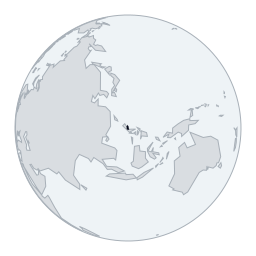 the Earth from above Aurora, rotated 313°
{"feature_id": "PHL-2549", "entity_name": "Aurora", "entity_type": "Province", "adm_level": 1, "iso_a3": "PHL", "parent_name": "Philippines", "parent_adm1": "", "projection": "orthographic", "projection_center": [121.766, 15.77], "detail": "coarse", "context": "on_globe", "style": "filled", "palette": "ink", "viewbox_px": 256, "rotation_deg": 313, "n_neighbors": 0, "source": "natural_earth", "source_scale": "10m", "svg_char_len": 9874}
<svg xmlns="http://www.w3.org/2000/svg" viewBox="0 0 256 256"><g transform="rotate(313 128 128)"><circle cx="128" cy="128" r="113" fill="#eef3f6" stroke="#a8b0b8"/><path d="M220.0,173.5L219.9,174.2L219.8,174.3L220.0,173.5ZM194.1,36.8L185.7,32.0L182.8,33.0L185.6,35.9L182.1,33.5L190.0,41.2L190.8,44.9L187.6,39.2L185.5,37.6L184.9,39.2L182.6,37.9L181.0,38.1L178.3,36.5L176.6,33.7L174.8,32.8L174.5,34.0L171.6,33.5L172.4,31.8L167.4,30.8L163.6,26.7L167.7,24.6L163.3,22.3L161.5,20.5L159.4,19.9L158.1,19.4L165.7,21.9L173.2,24.8L180.5,28.3L187.5,32.3L194.1,36.8ZM151.6,17.9L150.4,17.6L148.6,17.3L151.6,17.9ZM233.7,96.6L232.7,94.3L233.5,95.1L233.7,96.6ZM232.0,93.3L232.4,94.0L232.1,93.5L232.0,93.3ZM231.7,93.2L231.9,93.3L231.8,93.5L231.7,93.2ZM231.4,93.5L231.5,93.3L231.4,93.5ZM230.5,93.1L230.3,93.0L230.3,92.5L230.5,93.1ZM195.1,37.5L195.0,37.4L194.9,37.4L195.1,37.5ZM192.2,35.8L191.3,35.1L194.0,36.9L193.7,36.7L192.2,35.8ZM188.2,38.5L188.2,37.6L189.0,38.9L188.2,38.5ZM181.3,38.4L182.0,39.1L180.8,38.9L181.3,38.4ZM175.7,36.5L173.6,36.1L175.4,36.0L175.7,36.5ZM172.3,35.6L167.3,35.2L168.5,36.6L162.4,32.6L168.6,34.1L170.6,33.6L170.7,34.6L172.3,35.6ZM154.2,18.4L154.3,18.5L152.6,18.1L154.2,18.4ZM154.1,18.4L161.8,20.7L161.1,20.8L158.7,19.9L159.2,20.5L155.1,19.4L153.9,18.8L155.1,18.9L152.6,18.4L154.1,18.4ZM159.8,30.7L158.3,30.2L159.5,30.2L159.8,30.7ZM150.1,17.6L151.7,17.9L151.2,18.0L147.9,17.3L149.1,17.5L150.1,17.6ZM161.4,21.3L160.4,21.4L156.8,20.4L156.0,20.4L155.0,19.4L161.4,21.3ZM148.3,17.3L146.2,17.0L144.7,16.7L148.4,17.3L148.3,17.3ZM152.5,18.3L152.1,18.3L151.2,18.1L152.5,18.3ZM140.2,16.0L139.2,15.9L140.2,16.0ZM145.6,16.9L146.1,17.0L146.3,17.1L144.7,16.9L145.6,16.9ZM152.5,18.9L151.2,18.6L152.7,19.2L150.1,18.7L149.9,18.2L148.9,18.2L148.1,18.1L148.8,17.9L152.5,18.9ZM143.6,17.0L142.4,16.5L138.8,16.0L138.8,15.9L144.6,16.7L143.6,17.0ZM146.6,17.5L144.7,17.1L145.6,17.1L147.5,17.4L146.6,17.5ZM148.4,18.6L152.5,19.5L152.4,19.6L148.4,18.6ZM142.4,16.8L142.7,17.0L142.0,16.8L142.4,16.8ZM146.4,18.0L147.8,18.3L147.7,18.4L146.4,18.0ZM142.1,17.1L141.7,16.9L142.9,17.0L142.1,17.1ZM143.9,17.5L143.4,17.6L143.6,17.2L144.6,17.6L143.9,17.5ZM146.0,18.1L146.4,18.2L145.4,18.0L146.0,18.1ZM137.6,17.0L137.6,16.5L140.4,16.6L140.0,17.1L137.6,17.0ZM34.7,64.9L34.9,64.6L31.4,71.1L31.5,73.1L37.9,65.2L37.9,61.5L41.5,56.8L44.4,56.1L44.9,60.0L46.3,58.4L49.0,52.9L52.2,51.0L50.3,50.8L48.8,52.9L47.5,53.0L48.8,51.2L49.9,50.5L50.6,48.9L45.3,53.0L43.2,55.6L43.1,54.2L39.6,58.5L38.5,59.7L44.0,53.0L45.8,51.0L50.3,46.5L58.9,39.0L68.3,32.5L71.8,30.4L68.8,32.2L66.1,33.9L63.9,36.1L64.8,35.8L68.3,33.8L67.2,34.8L70.9,32.6L71.8,33.4L73.8,30.7L78.0,28.8L80.9,28.2L82.6,27.3L77.9,28.3L75.7,29.2L73.3,30.6L67.6,33.3L67.4,33.2L74.7,29.0L75.3,28.5L80.7,25.8L90.1,24.0L91.7,24.8L85.4,29.8L82.5,30.4L83.3,28.8L78.6,31.9L80.9,30.9L80.0,31.9L83.8,30.8L83.3,31.5L87.7,29.4L87.6,30.2L84.8,31.5L90.3,31.0L91.3,32.6L92.7,32.2L94.0,31.3L94.3,34.3L95.4,33.8L95.7,32.7L98.0,31.2L102.2,29.8L102.1,30.9L100.5,31.5L97.1,34.7L93.1,36.5L93.5,36.9L97.0,35.6L101.1,31.7L103.6,30.6L102.1,32.4L102.9,31.6L104.1,31.4L105.2,32.4L107.1,30.5L120.8,28.3L124.3,30.3L121.4,31.9L130.9,32.7L134.1,35.6L134.4,34.4L139.1,34.4L138.2,33.5L138.7,33.0L150.3,33.6L153.0,34.8L158.3,34.5L158.5,34.0L156.8,33.0L162.4,32.6L168.5,36.6L167.9,37.5L172.1,39.7L170.1,41.6L170.4,44.4L165.7,45.7L166.3,48.1L167.9,48.8L170.0,52.8L168.7,59.5L162.7,51.2L163.2,42.2L162.4,45.4L160.5,44.0L158.9,44.8L158.4,47.4L159.7,48.1L148.2,49.8L143.0,56.7L148.5,57.1L151.2,60.0L150.0,69.9L136.7,82.1L140.1,87.4L139.8,90.5L135.6,91.9L136.0,87.3L132.6,85.2L133.4,82.5L126.9,83.8L127.8,80.1L122.3,83.2L123.5,86.4L128.9,86.4L123.8,91.0L128.2,97.1L127.9,103.7L117.4,114.1L108.0,116.4L107.3,118.5L104.0,115.6L99.0,119.1L104.4,131.9L104.0,135.3L96.2,140.8L96.1,138.2L87.5,130.5L85.4,138.5L91.9,146.4L94.1,154.7L88.8,151.4L86.7,144.1L83.6,141.1L84.9,134.1L83.1,123.1L77.9,124.1L78.7,119.9L75.5,110.4L68.2,111.7L56.3,120.4L54.0,130.9L50.2,134.7L47.2,117.7L48.7,107.2L45.9,107.3L44.3,97.2L36.5,92.9L37.0,89.9L35.2,90.3L34.3,86.5L35.5,81.9L34.3,81.2L31.3,93.5L32.8,94.3L36.3,91.2L35.0,95.3L36.0,100.2L29.3,107.6L20.4,110.4L22.1,102.2L28.7,78.4L30.0,76.3L30.1,76.1L30.4,75.6L28.3,78.7L30.3,74.3L24.0,89.9L21.8,96.3L20.2,110.7L19.7,111.6L20.0,115.0L24.1,115.3L23.5,117.9L20.0,128.4L16.7,140.8L18.6,152.8L20.9,162.3L21.5,164.6L19.1,156.9L17.4,149.1L16.1,141.2L15.5,133.2L15.4,125.2L15.9,117.2L16.9,109.2L18.6,101.3L20.7,93.6L23.5,86.1L26.7,78.7L30.5,71.7L34.7,64.9ZM45.2,51.6L44.2,52.7L44.5,52.3L45.2,51.6ZM42.8,69.2L44.9,71.7L48.6,65.4L49.7,66.0L50.5,63.8L48.8,65.0L51.6,59.3L54.1,58.8L56.2,56.5L55.6,55.6L50.5,57.5L46.5,65.4L44.1,67.1L42.8,69.2ZM146.5,16.9L146.2,16.8L144.0,16.5L142.6,16.3L143.6,16.5L140.9,16.1L141.1,16.1L146.5,16.9ZM127.2,15.4L128.2,15.4L132.8,15.5L133.8,15.7L131.7,15.6L134.1,15.8L130.7,15.9L131.3,16.0L128.6,16.4L124.1,16.4L125.1,16.6L123.1,17.1L119.3,17.4L121.2,16.9L115.7,17.6L116.1,17.1L115.5,17.2L114.3,17.0L111.8,17.1L112.5,16.9L111.2,17.0L110.4,17.0L108.9,17.2L109.6,16.9L107.8,17.2L109.2,17.0L105.8,17.6L107.0,17.3L117.1,15.9L127.2,15.4ZM136.7,17.1L131.3,16.9L128.9,16.6L134.7,16.1L134.6,15.9L138.2,16.0L141.7,16.5L140.3,16.4L139.8,16.5L138.9,16.3L139.3,16.5L137.4,16.4L137.2,16.6L135.5,16.5L136.7,17.1ZM68.8,32.2L68.8,32.3L67.9,32.9L66.9,33.5L68.8,32.2ZM103.1,20.7L104.6,20.2L105.1,20.2L109.2,19.4L109.2,19.9L106.8,20.6L103.1,20.7ZM36.6,66.0L35.3,67.0L35.9,65.9L36.2,65.7L36.6,66.0ZM37.4,61.2L36.2,63.4L37.0,61.8L37.4,61.2ZM103.8,21.1L105.5,20.7L104.5,21.2L103.8,21.1ZM109.4,20.3L108.6,20.8L109.7,19.9L109.4,20.3ZM68.7,221.6L71.0,223.0L69.9,222.7L68.7,221.6ZM25.1,165.9L29.5,181.1L28.2,179.7L25.7,174.4L22.5,164.7L23.2,163.4L22.9,159.6L25.1,165.9ZM122.6,176.2L126.1,176.9L126.0,177.4L122.6,176.2ZM118.9,174.1L122.9,174.6L118.3,175.1L118.9,174.1ZM124.4,174.8L128.5,174.2L130.2,173.6L129.9,174.6L124.4,174.8ZM116.2,173.9L102.0,172.1L96.4,170.1L97.7,168.4L106.6,170.1L116.2,173.9ZM97.2,168.3L88.8,162.0L78.0,144.9L81.9,145.9L93.3,156.9L92.6,158.4L97.6,163.2L97.2,168.3ZM117.8,161.3L117.0,166.0L109.1,164.7L105.5,163.5L103.0,157.1L104.4,154.1L107.3,154.6L119.0,145.2L122.9,148.2L119.3,152.4L122.6,156.9L117.8,161.3ZM54.3,132.1L55.9,139.0L53.9,139.6L54.3,132.1ZM124.0,138.2L119.1,142.4L123.7,136.6L124.0,138.2ZM126.9,132.6L127.0,135.0L125.2,132.5L126.9,132.6ZM106.9,121.7L103.8,121.9L103.8,120.2L107.9,119.0L106.9,121.7ZM127.5,109.4L126.9,114.2L126.1,115.8L125.0,112.7L127.5,109.4ZM106.4,27.0L100.8,27.4L96.8,28.4L94.5,30.1L95.3,28.1L101.5,26.4L106.4,27.0ZM119.0,27.9L121.0,26.8L121.8,27.4L121.4,27.8L119.0,27.9ZM119.1,27.1L118.4,25.6L120.5,25.1L120.6,26.4L119.1,27.1ZM110.9,22.7L109.2,22.7L110.1,22.2L110.9,22.7ZM193.5,213.8L194.6,214.1L191.4,216.9L187.0,219.9L183.0,221.3L193.5,213.8ZM161.6,222.9L161.3,220.1L166.0,219.6L164.2,222.2L161.6,222.9ZM196.5,211.5L199.4,208.5L200.4,205.1L200.2,208.0L202.5,207.6L195.6,213.7L196.5,211.5ZM144.0,210.4L122.0,215.3L117.1,214.1L118.1,211.5L113.2,202.9L114.8,203.2L113.5,197.4L126.3,193.3L135.5,184.3L142.9,185.3L148.3,178.4L156.0,179.2L153.8,184.8L162.0,188.6L167.2,176.2L172.4,189.5L178.4,194.1L180.4,202.0L170.3,215.3L164.4,217.9L163.1,216.8L160.7,218.1L156.7,217.6L154.3,213.4L151.9,214.7L154.1,211.6L150.7,214.3L148.5,211.6L144.0,210.4ZM199.1,186.5L200.3,186.8L202.2,188.8L200.3,188.6L199.1,186.5ZM217.0,176.8L217.5,177.7L216.3,178.2L217.0,176.8ZM219.8,174.3L218.3,175.1L220.0,173.5L219.8,174.3ZM205.2,178.3L205.8,179.1L205.3,179.4L205.2,178.3ZM204.7,178.1L205.4,176.7L205.3,178.1L204.7,178.1ZM199.0,171.4L199.7,170.7L200.0,171.2L199.0,171.4ZM131.3,177.4L136.1,174.1L138.8,174.0L131.3,177.4ZM198.0,170.0L196.2,170.0L196.4,169.2L198.0,170.0ZM198.1,168.3L197.9,167.3L199.0,169.6L198.1,168.3ZM194.6,166.2L196.8,167.9L194.4,166.4L194.6,166.2ZM193.3,166.5L191.7,165.8L191.8,165.4L193.3,166.5ZM175.6,168.2L181.6,174.2L176.9,174.1L171.6,170.3L167.6,173.8L158.4,173.0L160.5,170.9L159.2,167.5L149.9,165.7L148.0,163.4L151.3,162.1L145.1,160.0L151.8,159.4L154.6,164.1L158.4,160.7L165.1,161.8L171.6,163.5L176.9,166.9L175.6,168.2ZM151.9,169.3L153.1,169.4L152.1,170.7L151.9,169.3ZM188.7,163.4L191.0,165.5L190.7,166.0L189.6,165.7L188.7,163.4ZM178.1,166.1L183.8,162.4L185.1,162.4L181.4,166.7L178.1,166.1ZM182.4,160.0L185.0,160.5L186.5,162.6L185.9,163.1L182.4,160.0ZM138.3,164.4L138.0,165.6L136.3,164.5L138.3,164.4ZM140.5,163.8L145.7,165.5L140.0,164.8L140.5,163.8ZM124.9,158.2L126.4,161.3L131.1,159.8L127.5,162.2L130.8,167.4L129.7,169.1L126.4,163.5L125.4,168.9L123.3,168.6L122.1,163.8L124.2,158.3L126.3,156.1L134.8,155.9L124.9,158.2ZM140.4,160.1L139.1,156.5L140.1,154.3L141.6,156.2L140.4,160.1ZM135.1,147.9L131.6,143.5L128.3,144.8L135.1,139.7L137.3,144.7L135.1,147.9ZM132.3,138.8L129.2,139.9L132.5,136.9L132.3,138.8ZM128.5,138.5L128.2,135.6L130.6,136.2L128.5,138.5ZM133.9,139.0L134.6,134.3L135.7,137.2L133.9,139.0ZM127.5,129.3L132.4,134.3L125.8,131.8L126.0,122.6L128.9,122.7L127.5,129.3ZM146.5,94.7L146.1,92.2L148.8,91.8L148.3,93.7L146.5,94.7ZM157.2,89.4L149.4,91.0L143.0,92.6L144.8,93.9L143.0,98.0L140.5,93.9L145.3,89.7L150.0,89.2L151.1,85.8L154.8,83.9L154.6,79.6L156.4,78.0L158.0,81.8L157.2,89.4ZM154.3,77.8L155.2,70.7L160.2,72.2L161.1,74.1L158.6,76.7L156.1,75.7L154.3,77.8ZM156.9,69.5L154.5,68.6L150.9,58.3L151.4,56.6L156.8,64.7L154.8,64.4L154.8,66.8L156.9,69.5ZM158.6,30.9L158.4,30.3L159.4,30.9L158.6,30.9ZM138.0,32.5L138.9,31.9L140.1,32.4L138.0,32.5ZM141.9,30.6L139.9,30.3L142.0,30.1L141.9,30.6ZM135.4,30.0L139.1,30.0L135.5,30.7L135.4,30.0Z" fill="#d9dde1" stroke="#a8b0b8" stroke-width="1"/><path d="M128.9,126.5L128.9,126.8L128.9,126.7L128.8,126.9L128.8,127.0L128.9,126.9L128.8,127.1L128.6,127.3L128.4,127.5L128.5,127.3L128.6,127.1L128.2,127.3L127.6,127.7L127.6,127.9L127.6,128.0L127.8,128.1L127.7,128.2L127.6,128.3L127.5,128.5L127.4,128.7L127.4,128.8L127.3,129.0L127.3,129.3L127.2,129.4L127.2,129.5L127.2,129.4L127.2,128.6L127.1,128.0L128.1,127.1L128.5,126.5L128.9,126.5Z" fill="#0f172a" stroke="#020617" stroke-width="1.5"/></g></svg>